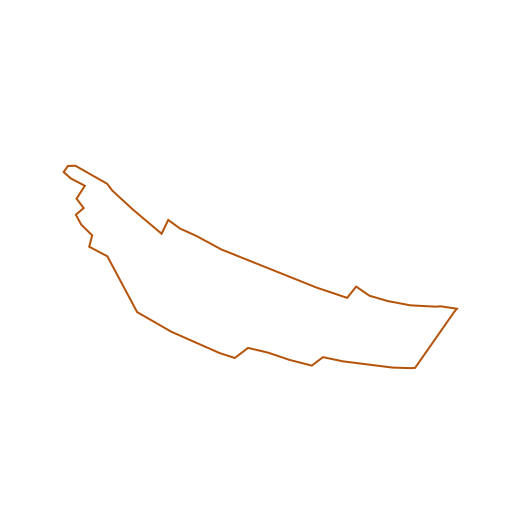 outline of Juniata, Pennsylvania, United States of America, rotated 233°
{"feature_id": "52423323B41767417626536", "entity_name": "Juniata", "entity_type": "district", "adm_level": 2, "iso_a3": "USA", "parent_name": "United States of America", "parent_adm1": "Pennsylvania", "projection": "albers", "projection_center": [-77.347, 40.479], "detail": "fine", "context": "isolated", "style": "outline", "palette": "amber", "viewbox_px": 512, "rotation_deg": 233, "n_neighbors": 0, "source": "geoboundaries", "source_scale": "gbopen_adm2", "svg_char_len": 689}
<svg xmlns="http://www.w3.org/2000/svg" viewBox="0 0 512 512"><g transform="rotate(233 256 256)"><path d="M282.7,127.3L246.2,142.9L200.4,168.5L187.3,177.7L187.4,194.3L171.4,207.6L152.5,220.5L134.9,234.6L134.9,248.6L119.5,262.1L84.8,297.8L73.4,312.0L70.9,315.7L91.9,380.1L93.0,384.7L104.5,373.4L107.4,369.0L123.7,349.6L140.6,334.2L156.0,322.7L171.3,317.6L167.7,303.6L194.4,285.3L282.0,232.3L308.4,220.2L323.5,211.9L337.6,207.6L330.6,194.0L366.8,185.7L394.7,180.6L403.2,180.6L436.7,166.1L441.1,160.0L438.8,152.9L429.3,154.8L415.1,161.6L409.8,147.2L398.0,147.2L397.4,137.0L386.1,135.3L371.1,137.6L363.8,128.4L345.2,137.1L282.7,127.3Z" fill="none" stroke="#b45309" stroke-width="2"/></g></svg>